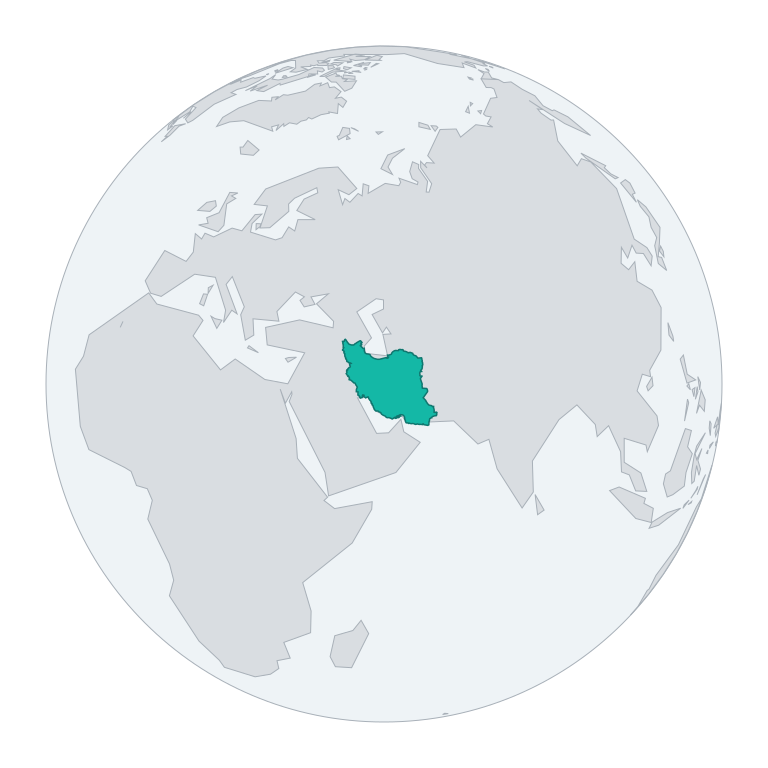 Iran highlighted on a globe, orthographic projection
{"feature_id": "IRN", "entity_name": "Iran", "entity_type": "country or territory", "adm_level": 0, "iso_a3": "IRN", "parent_name": "Asia", "parent_adm1": "", "projection": "orthographic", "projection_center": [53.162, 32.435], "detail": "fine", "context": "on_globe", "style": "filled", "palette": "teal", "viewbox_px": 768, "rotation_deg": 0, "n_neighbors": 0, "source": "natural_earth", "source_scale": "50m", "svg_char_len": 16475}
<svg xmlns="http://www.w3.org/2000/svg" viewBox="0 0 768 768"><circle cx="384" cy="384" r="338" fill="#eef3f6" stroke="#a8b0b8"/><path d="M404.4,46.7L406.5,46.9L441.0,52.1L456.9,54.8L449.5,54.2L483.0,61.2L505.0,68.9L477.0,59.9L471.8,58.9L485.1,63.3L482.6,63.4L487.6,65.9L483.4,65.9L467.4,61.7L464.4,61.9L474.0,65.2L475.8,68.0L462.2,63.0L464.0,67.6L437.6,63.5L404.4,53.6L386.6,54.6L343.9,54.4L344.6,55.9L328.9,58.0L323.9,60.7L317.4,60.8L319.0,63.1L325.8,62.6L328.8,63.7L326.5,65.5L317.8,65.6L317.7,64.6L313.9,65.7L310.6,65.1L310.9,66.4L300.7,66.9L307.3,69.4L296.1,72.2L290.3,71.8L295.7,68.0L295.5,60.5L291.2,60.5L279.9,63.5L248.5,76.2L241.8,78.4L229.4,84.2L230.8,84.2L241.1,79.9L240.6,82.2L253.3,77.6L254.9,78.3L266.0,75.9L259.2,80.7L246.5,87.0L237.0,89.5L231.1,92.7L236.0,94.4L214.2,104.2L192.8,120.3L187.8,122.9L185.4,119.1L196.0,107.6L192.9,106.2L189.6,112.0L176.9,119.9L172.6,123.6L170.3,126.6L173.0,125.8L167.6,129.9L168.8,124.8L173.7,120.9L173.3,122.3L178.2,117.3L179.0,115.5L172.5,120.5L173.6,119.6L193.5,104.9L214.5,91.7L236.3,80.1L259.0,70.1L282.3,61.8L306.1,55.2L330.4,50.4L355.0,47.3L379.7,46.1L404.4,46.7ZM468.9,57.4L461.4,55.4L469.5,57.4L468.9,57.4ZM489.0,66.3L491.9,67.0L493.3,68.1L489.0,66.3ZM269.0,73.6L267.5,74.7L266.2,74.5L269.0,73.6ZM275.2,71.7L274.8,70.7L277.7,69.7L277.9,70.3L275.2,71.7ZM488.1,69.4L489.4,71.4L485.3,68.5L488.1,69.4ZM275.1,73.3L282.9,68.1L288.0,66.5L293.0,67.7L275.1,73.3ZM488.3,72.1L491.6,77.9L498.4,79.6L481.1,78.8L484.0,73.6L477.9,69.6L484.5,72.0L488.3,72.1ZM329.0,61.7L321.6,62.3L329.9,60.2L329.0,61.7ZM333.7,60.2L355.1,54.1L364.9,54.8L355.7,56.4L370.2,56.6L364.4,59.8L355.2,60.5L350.0,59.2L351.8,61.6L333.7,60.2ZM471.0,77.9L469.4,79.0L468.0,77.1L471.0,77.9ZM330.6,64.0L334.1,62.4L342.9,62.8L337.5,66.0L336.4,64.8L330.6,64.0ZM376.8,55.3L382.3,56.6L379.2,59.4L380.9,60.4L365.1,60.0L376.8,55.3ZM333.2,65.7L334.6,67.8L328.3,69.4L327.9,65.6L333.2,65.7ZM347.4,61.6L351.3,62.1L347.4,62.8L347.4,61.6ZM306.9,77.5L310.9,75.0L315.7,74.9L306.9,77.5ZM335.5,68.5L337.7,68.0L340.0,67.8L339.6,69.6L335.5,68.5ZM364.0,62.3L361.5,63.5L370.3,62.6L368.3,65.2L358.1,64.6L361.7,66.0L361.1,66.8L353.5,65.5L364.0,62.3ZM346.4,71.1L332.7,72.1L324.3,76.4L319.7,76.5L334.0,69.6L346.4,71.1ZM351.2,67.8L347.2,69.8L343.5,68.6L344.0,66.6L351.2,67.8ZM370.7,67.3L376.3,63.4L378.4,63.7L370.7,67.3ZM344.6,72.5L348.0,72.3L344.5,72.9L344.6,72.5ZM363.5,69.0L365.2,67.5L367.5,67.8L363.5,69.0ZM353.2,73.3L348.8,73.5L348.9,72.0L353.2,73.3ZM358.5,71.5L361.2,72.4L351.7,71.3L358.9,70.7L358.5,71.5ZM365.3,69.6L367.2,69.3L364.3,70.2L365.3,69.6ZM355.0,79.4L343.0,78.4L343.4,74.9L355.0,76.2L355.0,79.4ZM80.3,426.3L75.4,369.2L83.5,356.2L89.1,334.8L148.7,292.9L156.8,304.0L198.6,315.2L203.0,320.4L193.1,335.9L220.5,369.9L235.2,359.0L264.9,379.5L287.8,383.8L304.7,352.8L267.2,344.9L265.6,327.4L299.6,319.9L333.1,327.8L333.6,321.3L316.5,303.8L328.4,293.8L311.0,296.9L315.0,304.4L304.2,306.9L300.0,300.4L304.4,296.8L295.4,292.0L276.9,311.5L278.9,321.2L253.0,318.8L253.8,335.1L245.3,340.2L240.7,314.7L244.3,306.8L232.3,276.6L226.1,284.4L237.1,313.9L231.8,310.2L223.5,322.5L225.6,310.2L215.4,277.3L194.7,274.2L161.2,296.4L150.6,293.2L145.2,280.8L164.8,250.5L186.1,261.4L193.3,252.1L195.3,233.6L201.6,239.0L205.0,233.2L213.7,236.9L232.1,228.1L241.9,230.8L255.1,214.6L261.9,214.1L252.1,223.5L250.5,232.1L275.5,239.9L282.1,237.7L288.7,226.9L294.7,231.0L297.9,219.6L315.2,219.6L296.8,210.5L304.1,199.1L317.8,192.8L316.8,187.7L294.6,198.2L288.6,204.0L288.8,211.4L269.8,227.7L260.0,228.0L267.4,205.9L254.2,204.4L265.7,189.0L318.8,168.2L337.9,167.0L356.8,188.5L348.9,194.7L338.2,189.7L342.6,204.7L344.9,198.5L349.9,202.3L358.1,193.5L362.1,195.9L363.2,183.8L368.9,185.8L368.1,193.4L385.2,183.4L398.8,185.7L400.7,182.4L399.0,178.2L417.4,184.6L418.0,182.0L412.2,178.7L409.7,171.6L412.5,161.8L418.7,164.5L418.5,168.4L427.6,181.3L426.2,192.0L429.0,192.2L431.7,183.7L420.7,167.8L420.6,161.3L427.0,167.9L424.6,165.0L426.5,162.6L434.2,163.1L427.7,155.7L440.1,129.5L456.2,129.0L460.6,137.1L475.8,124.7L492.8,127.0L487.4,123.7L491.1,116.9L485.8,116.0L483.5,114.0L490.6,98.3L497.0,97.5L494.0,89.0L491.2,87.6L486.2,87.5L481.1,78.8L498.4,79.6L503.8,82.6L511.0,81.9L522.2,89.3L534.9,95.8L543.0,105.7L552.3,110.7L554.0,109.9L568.0,116.9L590.6,135.5L564.6,123.5L529.1,100.5L542.9,109.7L537.5,108.9L541.1,113.2L551.0,120.1L553.6,120.0L557.8,141.0L577.2,165.8L581.4,158.7L590.8,162.0L616.6,188.6L634.2,239.1L646.9,247.6L652.2,256.1L651.1,265.8L643.4,253.5L636.2,253.1L632.0,245.2L627.7,258.0L621.4,247.3L621.1,263.3L628.6,269.7L634.8,261.7L637.1,281.3L652.0,290.1L661.1,307.6L660.9,350.1L649.7,370.3L650.6,376.7L642.3,374.2L637.1,390.9L657.0,415.9L658.5,425.5L647.3,451.7L646.0,445.0L624.2,438.3L624.2,462.3L640.9,473.0L646.8,491.4L635.7,490.9L629.3,474.9L621.5,471.9L620.6,451.7L608.6,425.7L597.2,436.6L595.3,424.5L576.9,404.9L559.0,419.6L532.4,461.0L533.3,492.0L522.1,508.0L497.1,468.8L488.9,439.3L477.9,444.0L453.7,420.9L406.5,423.0L401.5,414.9L392.2,419.0L375.4,410.9L368.5,397.3L357.5,397.9L376.6,433.4L388.6,432.8L400.9,419.3L403.8,431.8L420.2,442.3L395.9,472.5L328.6,495.9L325.0,472.3L289.2,401.5L292.0,394.2L291.9,393.4L291.7,391.8L285.4,403.2L280.2,389.1L296.1,438.5L297.4,458.3L327.6,497.2L324.0,500.5L334.6,508.6L372.2,501.7L371.7,509.3L352.2,543.0L302.7,582.6L311.1,611.0L310.6,632.7L283.8,642.4L290.2,658.1L277.0,660.7L278.8,668.5L270.5,674.2L255.1,676.8L224.4,667.3L219.3,660.2L199.0,641.1L169.4,595.8L173.7,580.2L169.5,563.9L147.8,519.1L152.3,500.3L147.3,488.7L136.5,485.5L131.1,471.4L124.9,467.6L88.9,449.6L80.3,426.3ZM123.0,321.4L120.2,327.4L123.0,321.4ZM365.5,353.3L387.6,355.9L382.9,334.4L391.0,333.9L386.4,327.1L382.5,332.9L372.1,314.5L383.5,309.0L383.5,299.9L376.1,298.7L356.8,311.9L371.5,337.9L364.2,346.1L365.5,353.3ZM176.9,120.1L176.6,120.7L173.3,124.2L173.0,123.7L176.9,120.1ZM169.9,135.3L161.3,141.8L167.2,136.4L165.1,136.4L174.8,125.7L185.7,123.7L179.0,126.2L169.9,135.3ZM190.9,112.1L183.4,118.3L191.1,111.7L190.9,112.1ZM215.5,200.7L216.3,206.1L209.9,211.4L197.7,210.4L206.8,202.4L215.5,200.7ZM219.1,212.7L229.8,192.4L237.9,193.0L231.5,195.9L235.8,198.4L226.7,203.9L223.9,225.3L218.1,231.7L198.6,224.9L208.1,223.3L206.7,217.7L219.1,212.7ZM243.0,147.1L247.8,140.5L259.1,150.0L253.4,155.3L240.7,154.0L240.1,147.1L243.0,147.1ZM282.4,77.5L283.5,75.8L285.9,75.6L286.9,76.8L282.4,77.5ZM308.4,76.4L280.2,85.1L280.0,83.4L263.7,91.6L256.8,90.6L267.6,85.2L250.2,91.1L257.2,85.8L245.4,90.6L270.1,78.5L275.7,74.6L272.1,79.1L278.2,80.0L282.5,79.2L299.0,74.5L314.0,67.5L322.5,68.0L324.5,70.3L322.1,72.0L317.4,70.9L317.7,74.0L309.0,73.9L308.4,76.4ZM342.9,107.4L338.3,103.6L337.5,113.5L328.8,111.9L329.3,113.2L321.0,114.7L311.8,119.0L308.6,117.5L306.4,119.9L300.9,121.2L296.8,124.2L289.5,122.8L283.9,126.4L283.7,123.7L276.0,130.5L278.5,124.9L271.6,126.8L272.8,131.2L243.8,120.7L229.8,121.9L216.6,126.5L222.7,117.4L238.9,107.9L258.8,100.4L271.5,101.0L271.9,97.3L278.1,96.7L275.2,99.9L283.4,94.7L287.8,95.2L305.5,91.1L314.7,84.3L321.4,83.0L320.0,85.9L327.7,82.7L329.5,87.6L334.4,86.9L341.0,91.6L335.4,98.3L341.3,97.1L346.6,101.2L342.9,107.4ZM356.5,80.8L351.8,88.2L344.7,91.3L336.1,82.1L331.4,82.0L325.7,77.1L336.0,73.0L336.7,74.7L339.8,75.4L335.3,76.4L341.3,76.2L342.4,78.7L347.3,79.4L344.4,81.5L356.5,80.8ZM211.0,316.2L215.0,318.6L221.9,320.2L216.8,328.4L211.0,316.2ZM203.5,293.9L207.6,294.3L203.7,305.8L199.6,303.7L203.5,293.9ZM213.1,285.2L208.1,293.4L208.3,287.7L213.1,285.2ZM256.2,223.6L260.9,223.8L260.1,226.5L256.0,229.7L256.2,223.6ZM338.6,139.8L337.1,136.3L339.3,135.4L342.8,127.4L349.5,128.4L350.1,133.6L338.6,139.8ZM296.5,357.2L288.0,362.2L285.4,358.5L288.8,357.5L296.5,357.2ZM249.0,345.7L258.4,352.7L247.5,347.9L249.0,345.7ZM346.5,139.5L347.2,135.9L350.1,138.7L346.5,139.5ZM354.6,128.8L358.6,131.3L350.8,127.6L354.6,128.8ZM444.7,713.3L448.3,713.6L442.6,714.5L444.7,713.3ZM368.7,633.6L351.6,667.7L335.4,666.7L330.1,656.6L334.8,635.7L352.9,630.5L361.1,620.3L368.7,633.6ZM688.0,504.6L691.7,501.4L691.3,502.8L688.0,504.6ZM684.2,504.8L689.1,500.1L682.9,508.4L684.2,504.8ZM690.8,498.3L695.7,490.7L697.9,486.3L697.1,489.4L690.8,498.3ZM680.7,508.2L658.7,525.2L649.1,528.3L652.1,522.1L667.5,512.6L680.7,508.2ZM651.2,522.5L635.8,518.5L609.6,490.6L619.1,487.0L645.4,498.3L643.9,503.4L653.3,508.3L651.2,522.5ZM686.0,472.5L684.3,486.1L672.8,494.7L667.2,497.0L663.4,483.8L665.6,474.0L670.4,470.8L685.4,428.6L691.4,430.5L687.6,446.8L692.3,453.7L686.0,472.5ZM535.1,494.5L544.1,510.1L537.6,514.7L535.1,494.5ZM688.7,402.7L684.5,421.1L687.5,399.1L688.7,402.7ZM688.8,383.7L690.4,389.8L686.9,386.0L688.8,383.7ZM653.0,385.7L648.1,390.8L646.6,386.4L652.0,377.2L653.0,385.7ZM667.9,322.6L672.9,336.1L673.7,341.4L669.0,335.1L667.9,322.6ZM404.8,148.6L392.5,158.2L388.0,167.0L392.5,174.5L380.9,168.7L387.7,155.0L404.8,148.6ZM435.1,131.3L431.1,125.7L436.3,126.0L437.9,127.4L435.1,131.3ZM430.3,129.4L418.9,126.8L418.9,122.4L427.9,125.2L430.3,129.4ZM382.4,131.8L378.3,134.4L376.0,132.0L382.4,131.8ZM633.1,612.3L630.5,615.0L637.9,606.5L647.2,590.5L649.1,589.0L656.0,575.3L678.4,544.8L696.4,506.9L701.4,498.7L709.7,472.4L712.0,465.2L705.4,488.4L697.1,511.0L687.3,533.0L675.9,554.3L663.0,574.6L648.7,594.0L633.1,612.3ZM697.1,494.8L703.3,478.9L705.6,474.5L697.1,494.8ZM716.8,442.8L716.7,443.1L717.4,439.2L716.8,442.8ZM718.2,433.7L719.0,427.3L715.7,436.4L715.1,433.1L717.1,424.8L713.7,428.3L717.6,416.8L718.3,425.0L720.1,410.5L721.3,403.8L721.4,403.2L718.2,433.7ZM715.8,442.9L716.3,441.3L715.4,446.2L715.8,442.9ZM708.1,449.9L707.6,453.6L706.4,453.2L708.1,449.9ZM710.0,445.1L713.4,441.8L709.4,448.5L710.0,445.1ZM695.1,453.6L696.7,459.6L701.9,448.5L697.9,460.3L700.5,469.0L698.9,475.3L696.6,465.5L694.2,481.2L691.8,483.5L691.4,472.7L694.3,455.0L696.6,446.2L705.4,432.7L695.1,453.6ZM710.3,435.6L709.2,428.2L709.8,420.8L711.1,423.7L710.3,435.6ZM704.3,411.3L699.5,405.2L696.5,413.4L701.2,390.1L705.2,399.8L704.3,411.3ZM698.0,391.7L695.4,399.3L697.2,386.6L698.0,391.7ZM693.9,396.7L692.1,389.6L695.0,387.6L693.9,396.7ZM699.7,390.0L697.8,376.6L700.5,382.5L699.7,390.0ZM687.2,374.2L695.7,379.9L687.0,383.1L680.2,359.1L683.4,355.0L687.2,374.2ZM663.9,256.8L659.5,251.0L660.6,246.1L663.3,251.4L663.9,256.8ZM660.0,227.4L659.4,243.0L658.2,256.7L661.6,257.4L666.7,270.5L658.3,263.5L654.7,245.7L656.7,237.5L651.1,227.3L648.9,216.8L640.3,206.4L637.4,199.7L645.9,206.9L660.0,227.4ZM636.4,202.3L620.6,183.0L625.3,179.6L629.9,183.1L635.1,193.1L632.3,194.3L636.4,202.3ZM618.1,177.6L615.2,178.8L585.9,158.1L580.9,153.1L605.7,165.7L604.3,167.7L610.7,173.8L618.1,177.6ZM473.0,80.0L469.7,79.1L472.8,78.9L473.0,80.0ZM480.6,113.7L477.9,111.0L481.6,110.5L480.6,113.7ZM472.7,103.6L470.4,105.9L470.2,102.3L472.7,103.6ZM465.6,111.7L468.2,106.3L469.5,113.2L465.6,111.7Z" fill="#d9dde1" stroke="#a8b0b8" stroke-width="1"/><path d="M387.5,355.1L388.8,355.1L389.3,355.0L390.6,354.5L390.9,354.4L391.2,354.3L391.4,354.1L391.9,352.8L392.1,352.5L392.9,351.7L394.3,350.8L395.2,350.5L396.4,350.5L397.4,350.6L398.2,350.6L398.4,350.6L398.5,350.5L398.6,349.9L398.8,349.7L399.2,349.5L400.2,349.5L400.7,349.5L401.3,349.7L402.7,349.6L403.0,349.8L403.2,350.1L403.3,350.3L403.4,350.9L403.5,351.0L403.8,351.1L404.3,351.2L405.1,351.3L406.4,351.7L407.0,352.0L407.8,352.6L408.4,352.8L408.6,352.7L409.1,352.4L409.6,352.6L410.3,352.4L410.9,352.6L412.4,353.2L412.5,353.2L412.7,353.3L412.9,353.7L413.0,354.3L413.5,354.8L414.0,355.2L415.9,355.8L416.4,356.3L417.9,358.1L421.5,357.8L421.8,358.2L421.8,359.0L422.0,359.9L422.2,360.4L422.2,361.0L422.0,361.7L422.3,361.9L422.5,362.3L422.6,362.9L422.5,363.3L422.6,363.5L422.7,363.8L422.8,364.1L422.8,364.4L422.7,364.6L422.5,365.3L422.5,365.6L422.1,365.9L422.2,366.2L422.4,366.9L422.1,367.9L422.2,368.3L421.7,369.2L421.7,369.5L421.0,370.2L420.7,370.3L420.7,370.6L420.8,370.7L421.5,371.5L420.3,371.7L419.7,373.0L420.0,374.5L419.8,375.2L420.0,375.7L420.3,375.9L420.7,376.1L421.5,376.0L422.0,376.1L422.0,376.3L421.1,377.4L420.4,378.6L420.5,379.1L420.6,379.4L422.1,383.7L422.2,384.2L422.0,385.3L422.1,385.9L422.2,386.8L422.2,387.2L422.4,388.2L422.6,388.2L426.6,388.5L427.1,389.0L427.5,390.3L427.6,391.2L427.5,391.7L423.2,397.8L425.8,400.5L425.9,401.1L426.9,402.5L427.3,403.3L427.6,403.7L429.0,405.1L429.8,405.3L430.3,405.4L431.5,405.6L431.9,405.9L432.6,406.6L433.4,406.4L433.6,406.4L433.6,406.5L433.6,407.9L434.0,409.1L434.2,410.8L434.1,411.7L434.0,412.2L434.1,412.3L434.4,412.4L434.9,412.4L436.2,412.1L436.7,412.3L436.9,412.6L437.0,412.8L436.7,413.1L436.6,413.5L436.8,414.2L436.8,414.3L436.5,414.5L436.5,415.5L436.4,415.6L436.1,415.7L434.5,415.8L434.3,415.9L433.7,416.2L432.7,416.5L432.1,416.9L431.8,417.3L431.8,417.7L431.2,417.7L431.0,418.0L429.7,418.7L429.6,419.1L429.4,421.0L429.0,421.4L429.0,421.5L429.1,421.9L428.9,422.5L428.9,424.3L428.8,424.8L428.5,424.8L428.3,425.1L427.9,425.4L426.3,425.1L423.9,424.7L423.6,424.4L423.4,423.9L423.0,423.8L422.5,424.6L420.5,424.3L419.8,424.5L419.4,424.3L418.3,424.3L417.4,423.9L416.2,424.3L415.3,424.4L413.9,423.7L412.5,423.5L411.4,423.7L410.8,423.6L409.8,423.4L409.3,423.1L408.6,423.4L408.3,423.0L406.1,422.7L405.4,421.3L405.4,420.5L404.8,419.3L404.6,417.5L404.4,416.8L404.1,416.2L403.7,415.7L403.2,415.2L402.7,414.9L400.7,414.6L400.4,414.6L399.5,415.0L398.6,415.6L397.1,416.0L396.8,416.3L396.4,416.9L395.9,417.2L395.2,417.2L394.5,417.5L393.1,418.5L392.4,418.9L391.8,418.8L391.2,418.4L389.7,417.8L388.8,417.6L387.5,417.7L386.9,417.6L385.8,416.9L385.5,416.3L384.9,416.0L383.1,415.2L381.5,414.1L381.3,413.7L381.1,413.1L380.4,412.4L378.9,411.8L378.1,411.1L377.1,411.0L376.2,411.0L375.8,410.9L375.4,410.6L374.2,409.3L374.2,408.8L373.5,407.5L373.3,407.0L373.1,405.8L372.9,405.4L372.1,404.9L372.0,404.5L372.2,404.1L372.2,403.8L371.8,403.4L371.2,403.2L371.1,402.8L371.2,402.1L371.1,401.6L370.6,400.9L369.8,400.1L369.0,398.9L368.7,398.6L368.3,397.0L367.8,396.9L365.6,397.9L365.0,397.3L363.1,396.1L362.8,395.7L363.1,395.6L363.3,395.6L363.8,395.8L364.1,395.6L364.0,395.2L363.5,395.0L362.9,395.0L363.0,395.3L362.4,395.6L362.3,396.0L362.4,397.2L362.1,397.6L361.9,397.7L361.1,397.7L360.7,398.0L360.4,398.1L359.9,397.6L359.7,397.2L359.7,396.9L359.8,396.7L359.7,396.5L359.4,396.1L359.2,395.9L358.9,395.9L358.7,395.7L358.5,395.3L358.1,395.0L357.9,395.0L358.0,391.9L356.3,391.7L356.4,389.4L357.3,387.1L356.2,385.3L355.8,384.9L355.2,383.3L355.0,383.1L354.8,383.0L354.0,383.0L351.4,380.6L350.5,380.0L350.1,379.9L349.2,379.8L349.1,379.7L349.1,379.3L349.1,379.0L349.4,378.5L349.5,378.2L348.9,377.0L348.8,376.7L348.2,376.5L348.4,376.2L348.3,375.9L348.2,375.8L348.1,375.7L347.6,375.8L346.5,373.9L346.2,373.7L346.9,372.5L346.9,372.2L346.9,371.8L346.5,371.0L346.9,370.3L346.9,370.0L347.6,370.1L347.7,369.9L347.7,369.1L347.9,368.8L349.1,367.5L350.2,367.0L350.3,366.6L350.2,366.1L350.2,365.9L349.7,365.2L349.6,364.9L349.6,364.6L349.7,364.1L350.0,363.8L350.6,363.6L351.1,363.4L350.6,363.0L349.6,362.8L348.8,362.8L348.5,362.7L348.2,362.2L347.8,361.8L347.5,361.6L347.1,361.6L346.9,361.5L346.5,359.5L346.4,359.2L345.9,359.1L345.7,358.8L345.6,358.4L345.7,357.7L345.6,357.4L345.5,357.2L345.0,356.8L344.8,355.2L344.7,354.8L344.7,354.3L344.9,354.0L344.9,353.9L344.5,353.4L343.9,352.9L344.0,352.2L343.9,351.6L344.2,351.3L344.0,351.1L343.3,350.6L343.1,350.3L342.6,350.2L342.6,349.7L342.9,349.3L343.2,348.9L343.3,348.7L343.5,348.1L343.8,347.7L343.3,347.3L343.2,347.3L343.2,347.1L343.3,346.3L343.2,345.4L343.3,344.6L343.2,344.5L342.9,344.0L342.8,343.7L343.0,343.3L343.1,342.8L342.7,342.3L342.6,341.8L342.5,341.4L343.0,341.3L343.9,341.4L344.2,341.3L344.6,339.9L344.9,339.5L345.3,339.3L346.1,340.1L346.9,341.5L347.2,341.8L347.4,342.2L347.5,342.5L348.0,342.9L348.3,343.2L348.9,344.1L349.3,344.3L352.0,345.1L352.7,344.9L353.7,345.0L355.2,343.6L355.8,343.5L356.2,343.1L356.8,342.6L357.5,342.2L359.6,341.0L360.1,340.8L360.6,340.8L361.8,342.2L362.0,342.5L361.7,342.8L361.1,343.0L360.9,343.4L360.9,343.6L361.0,343.8L361.7,344.3L361.7,344.5L361.6,344.9L361.5,345.0L360.6,345.2L360.3,345.5L360.4,345.9L361.2,346.5L361.5,346.9L361.6,347.1L362.0,347.2L362.1,347.3L362.9,348.4L363.1,348.4L364.2,348.3L364.3,350.0L364.3,350.8L364.5,351.5L365.0,352.8L365.4,353.2L366.3,353.7L366.7,353.9L367.9,354.0L369.1,354.3L369.8,354.5L370.0,354.7L370.2,354.9L370.7,356.1L371.6,356.9L373.4,358.1L374.3,358.5L377.4,359.3L379.4,359.3L385.0,357.9L386.9,357.5L387.6,357.5L387.1,357.8L386.4,358.0L386.9,358.2L387.8,358.2L388.0,358.0L388.1,357.7L387.5,355.1ZM399.9,416.2L399.4,417.0L398.7,417.6L398.4,417.4L398.1,417.4L397.6,417.6L397.2,417.7L396.5,418.1L395.9,418.3L395.3,418.3L395.2,418.0L395.2,417.9L395.5,418.0L396.5,417.6L397.7,416.9L397.8,416.7L397.6,416.2L398.4,416.4L399.3,415.9L400.0,415.8L400.4,416.1L399.9,416.2Z" fill="#14b8a6" stroke="#0f766e" stroke-width="1.5"/></svg>